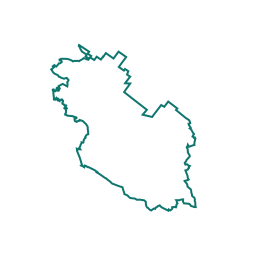 Beltiug, Satu Mare, Romania (Natural Earth projection), rotated 24°
{"feature_id": "2599482B21797114471165", "entity_name": "Beltiug", "entity_type": "district", "adm_level": 2, "iso_a3": "ROU", "parent_name": "Romania", "parent_adm1": "Satu Mare", "projection": "natural_earth1", "projection_center": [22.838, 47.568], "detail": "fine", "context": "isolated", "style": "outline", "palette": "teal", "viewbox_px": 256, "rotation_deg": 24, "n_neighbors": 0, "source": "geoboundaries", "source_scale": "gbopen_adm2", "svg_char_len": 5681}
<svg xmlns="http://www.w3.org/2000/svg" viewBox="0 0 256 256"><g transform="rotate(24 128 128)"><path d="M182.7,193.9L183.2,193.1L183.5,192.3L184.2,191.6L184.6,190.9L185.7,190.8L185.7,189.7L185.8,189.4L186.9,187.9L187.1,187.1L188.0,186.3L188.4,185.8L190.6,186.7L192.4,186.9L198.6,187.1L198.6,186.2L198.5,185.9L199.2,186.0L200.2,186.0L200.4,185.4L201.0,184.6L201.2,183.7L201.1,183.2L200.6,182.4L201.7,181.9L201.8,181.7L202.0,181.5L202.7,181.1L204.0,180.9L203.8,180.0L204.0,179.9L203.7,179.3L203.4,178.0L203.8,177.3L203.9,176.8L202.5,175.5L202.0,174.5L201.5,174.3L202.0,174.0L203.5,173.5L204.4,173.0L204.8,172.5L206.8,171.0L207.4,170.8L208.1,172.7L208.8,173.4L209.8,174.1L212.7,173.0L214.9,172.4L216.6,173.1L217.2,173.6L217.6,173.6L218.6,173.4L220.5,173.3L222.0,172.7L221.8,172.4L220.9,171.3L220.9,171.0L220.5,170.2L219.6,168.4L218.9,167.9L218.6,167.5L218.1,165.9L216.8,164.6L214.7,164.2L214.1,163.9L213.5,162.7L212.8,162.1L212.0,161.0L211.2,159.6L210.3,158.5L206.3,157.4L205.1,155.6L204.6,155.1L203.9,154.7L202.7,154.2L201.2,153.4L201.5,153.0L203.9,151.2L204.4,150.4L203.5,149.8L202.8,149.2L202.5,148.7L202.3,148.1L201.3,146.9L199.7,145.4L197.7,143.4L199.3,142.0L199.3,141.8L199.5,141.6L199.6,140.9L199.5,140.6L199.8,140.3L199.6,140.0L199.9,139.4L199.3,138.6L199.6,138.2L199.9,137.6L198.6,137.6L196.8,137.1L196.2,137.4L195.4,138.1L194.6,137.5L194.0,136.8L194.3,135.8L194.6,134.5L194.5,133.4L196.0,128.9L195.9,128.6L195.3,127.8L193.5,126.7L192.8,126.1L191.2,123.2L190.7,122.7L189.7,122.0L189.5,121.8L189.7,120.7L189.6,120.1L189.7,119.6L189.6,119.1L191.3,120.4L194.6,117.2L195.6,116.6L194.6,114.4L194.3,112.7L194.3,112.2L194.0,111.6L193.9,110.3L193.7,110.0L193.0,109.5L192.3,110.2L191.3,109.6L191.1,109.6L191.2,109.4L190.4,109.2L190.7,107.1L190.8,106.8L190.6,106.5L189.5,106.1L186.1,103.5L184.6,103.3L184.9,102.5L185.3,102.5L185.3,102.4L185.0,102.1L182.5,100.6L181.8,99.8L181.6,99.5L182.7,98.7L182.9,98.3L182.2,97.4L181.7,97.0L181.6,96.8L180.9,96.1L178.7,95.6L177.2,95.5L164.5,92.0L165.1,90.1L154.0,87.5L152.5,93.9L149.0,93.5L146.0,106.0L145.6,108.1L136.0,109.9L137.8,103.7L109.9,96.8L110.4,93.6L111.1,90.6L111.9,86.5L107.2,88.3L107.5,86.6L109.1,80.2L105.4,79.6L105.2,76.0L101.3,75.3L100.9,77.2L94.8,76.0L95.9,70.8L97.5,63.9L88.3,62.1L86.5,70.4L77.3,68.6L76.4,73.2L76.1,73.1L75.4,76.5L70.4,75.6L69.5,79.6L64.6,78.9L65.1,77.2L60.9,76.5L61.4,74.1L49.5,72.1L49.5,72.4L49.6,73.0L49.8,73.2L50.8,73.6L52.3,75.1L54.8,76.9L60.5,77.8L60.1,79.8L64.3,80.5L64.0,81.8L62.5,82.0L59.2,82.1L58.3,83.8L56.6,86.0L56.1,86.9L54.6,87.1L53.0,88.0L52.0,88.4L51.4,88.6L51.2,88.9L50.5,89.6L49.6,89.3L47.6,89.2L45.6,89.4L44.1,89.7L39.7,91.5L38.3,92.5L37.6,93.3L38.1,94.1L39.1,93.7L39.9,93.8L40.6,94.5L40.5,95.0L39.7,96.5L38.2,97.4L37.6,97.5L38.5,97.6L37.5,101.1L36.5,101.1L35.2,100.4L34.2,102.2L35.6,102.9L34.0,105.7L35.0,106.1L35.2,106.4L37.1,107.7L39.2,108.3L40.9,108.2L42.7,108.4L43.2,108.6L43.8,109.2L44.1,109.3L45.3,109.0L46.3,109.3L49.5,109.0L50.0,108.6L50.7,107.8L51.4,107.3L51.7,107.2L52.0,107.3L52.4,107.7L53.4,107.9L53.8,108.1L54.1,108.3L54.2,108.6L54.3,109.2L53.9,110.6L53.9,111.0L54.9,112.4L55.1,112.9L55.6,114.7L50.4,114.3L47.6,117.9L49.4,119.6L49.2,119.7L49.1,119.9L49.2,120.4L49.6,121.7L49.5,122.1L48.9,122.5L48.5,122.4L48.1,121.8L47.5,121.1L47.4,120.9L47.3,120.1L47.2,119.9L46.7,120.2L46.6,120.5L46.7,120.9L47.0,121.6L47.1,122.0L46.8,122.8L46.9,123.7L46.8,123.9L46.4,124.1L45.8,124.0L45.2,123.4L44.5,123.0L44.0,123.1L43.8,123.5L43.7,123.7L44.2,124.5L44.8,124.9L45.0,125.1L46.0,127.2L47.7,129.9L48.7,132.1L49.0,132.1L49.3,132.0L49.2,131.9L48.9,131.5L49.1,131.1L49.9,131.2L50.2,131.1L50.0,130.5L50.5,130.3L50.5,129.7L50.7,129.8L50.9,130.2L51.1,130.3L51.9,129.6L52.4,129.7L52.5,129.8L52.4,130.1L51.5,130.4L51.5,130.6L51.8,130.8L52.2,131.2L52.6,131.4L52.8,131.4L53.0,130.9L54.6,131.2L54.5,130.7L54.8,130.2L54.7,129.8L55.3,129.7L55.7,129.5L55.9,128.8L56.2,128.7L56.8,129.2L57.5,129.5L57.6,129.9L57.8,130.2L57.7,130.5L58.0,131.3L57.8,131.8L57.9,132.1L58.3,132.5L58.7,132.6L59.9,132.5L60.1,132.6L60.3,133.0L60.7,133.2L61.3,133.1L62.1,132.5L62.4,132.6L62.4,133.0L62.1,133.6L62.0,133.9L62.1,134.0L62.4,134.2L62.4,134.4L62.1,134.9L61.9,135.1L61.7,135.5L61.8,135.8L61.9,136.0L62.2,136.1L62.6,135.9L63.0,135.2L63.6,134.7L64.1,134.9L63.9,135.3L63.9,136.1L64.2,137.4L64.7,138.2L64.9,138.9L65.1,139.3L65.1,139.7L64.9,140.6L65.2,141.4L66.6,141.1L67.1,141.4L67.5,141.4L72.3,139.8L73.5,139.6L73.6,139.8L74.1,139.8L76.3,139.3L76.8,139.5L76.9,139.9L76.9,140.1L76.4,140.5L75.4,140.6L75.5,141.1L75.4,141.7L76.0,142.2L76.4,143.1L76.8,143.3L78.6,143.3L78.9,142.9L78.8,142.5L79.1,142.4L79.5,142.1L79.9,141.4L80.9,141.1L81.0,140.8L80.8,140.3L83.7,140.0L88.2,141.6L90.2,142.9L90.8,143.5L91.6,145.2L93.7,148.8L94.2,149.9L93.5,150.3L93.3,150.6L93.0,151.3L92.7,152.1L92.6,153.7L93.2,154.1L93.0,154.5L92.6,155.8L92.5,156.9L92.6,157.8L93.1,159.0L93.1,159.3L93.0,159.6L91.4,160.0L91.8,160.8L91.5,162.1L91.6,163.2L91.8,163.8L91.8,164.4L91.5,165.9L93.1,166.9L91.3,167.6L89.6,167.7L89.8,168.1L90.2,168.4L90.7,169.1L90.7,169.4L90.7,169.6L95.8,174.5L99.3,178.5L100.0,179.5L100.4,179.7L100.8,180.3L100.7,181.0L100.5,181.4L100.9,181.4L101.6,181.3L104.0,181.6L103.6,180.0L105.5,179.8L106.5,180.1L107.5,180.1L107.8,179.8L108.4,179.8L114.8,180.1L117.9,180.8L117.6,181.3L120.5,181.6L127.5,183.0L128.4,182.9L130.5,183.6L133.1,184.1L136.1,185.2L143.3,184.8L147.1,184.4L147.9,185.5L151.2,189.1L151.5,189.8L153.1,189.8L155.0,189.8L156.6,190.5L158.2,191.0L159.8,190.7L162.2,189.9L163.0,189.7L163.8,189.7L164.5,189.9L165.4,189.9L168.1,188.6L172.1,187.5L174.0,188.0L174.3,188.2L174.5,188.5L174.6,189.0L175.9,191.2L176.8,192.1L177.8,192.8L179.1,193.0L180.6,193.6L181.3,193.8L182.7,193.9Z" fill="none" stroke="#0f766e" stroke-width="2"/></g></svg>